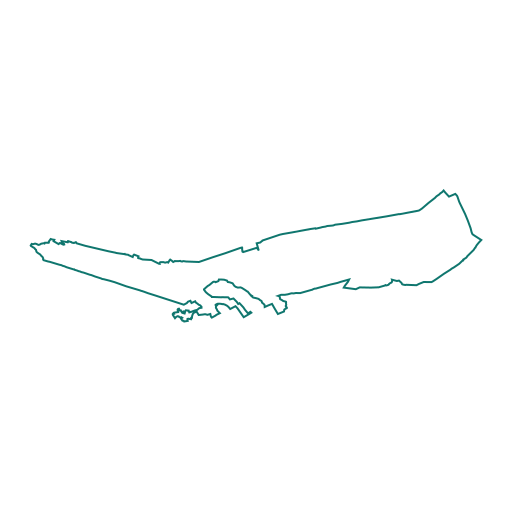 Ceplenita, Iasi, Romania
{"feature_id": "2599482B12453370715031", "entity_name": "Ceplenita", "entity_type": "district", "adm_level": 2, "iso_a3": "ROU", "parent_name": "Romania", "parent_adm1": "Iasi", "projection": "robinson", "projection_center": [26.945, 47.387], "detail": "fine", "context": "isolated", "style": "outline", "palette": "teal", "viewbox_px": 512, "rotation_deg": 0, "n_neighbors": 0, "source": "geoboundaries", "source_scale": "gbopen_adm2", "svg_char_len": 5954}
<svg xmlns="http://www.w3.org/2000/svg" viewBox="0 0 512 512"><path d="M432.5,281.6L436.5,279.0L443.9,273.8L450.4,269.7L451.6,268.7L453.9,267.4L459.2,263.8L462.3,260.8L463.2,260.5L463.3,260.3L463.1,259.8L463.2,259.6L466.1,257.8L466.6,257.3L467.3,256.2L473.6,250.0L475.1,247.7L475.4,247.6L476.3,245.8L477.0,244.8L478.9,242.5L481.3,240.0L474.3,235.5L472.7,234.4L472.3,233.9L471.6,232.2L470.6,228.2L467.9,220.8L465.1,214.0L459.7,202.9L459.1,201.5L457.4,196.5L456.9,195.6L455.3,193.9L449.0,196.6L445.3,192.6L443.6,190.5L442.3,192.0L440.1,193.5L439.3,194.4L436.5,196.3L435.6,197.2L435.2,197.7L428.3,203.1L421.9,208.6L419.2,210.4L418.2,210.7L399.7,214.2L399.0,214.1L386.4,216.4L361.7,220.4L356.8,221.4L352.2,222.0L349.3,222.7L341.9,223.9L335.1,224.7L333.4,225.4L332.0,225.6L327.3,226.0L325.4,226.6L322.2,227.1L320.9,227.5L315.7,228.7L315.4,228.3L310.5,229.0L291.6,232.5L282.9,234.0L279.8,234.7L262.5,240.5L262.3,240.9L261.5,241.4L260.3,242.5L256.7,243.3L258.5,249.7L258.3,249.8L256.8,247.8L243.4,252.0L243.2,251.7L242.9,251.8L242.6,251.3L242.4,251.3L242.1,248.9L242.2,247.9L242.0,247.5L240.4,247.9L225.3,253.2L212.9,257.2L198.9,262.0L186.1,261.5L183.3,261.1L183.1,261.1L182.3,261.5L181.9,261.5L180.9,261.3L180.2,260.9L178.9,261.1L176.4,261.1L175.6,261.2L175.0,261.0L174.6,261.1L174.2,261.5L173.2,262.0L171.9,260.8L170.2,259.6L169.7,260.1L168.2,262.6L167.2,262.1L165.4,262.6L165.0,262.6L163.3,262.1L160.2,262.2L159.7,262.9L159.4,263.6L159.5,263.8L159.1,263.8L151.5,260.0L142.7,259.5L141.1,259.0L139.9,258.4L139.3,258.4L138.6,258.2L138.1,258.0L138.1,257.8L138.2,257.1L138.5,256.3L134.1,254.6L133.3,255.4L132.7,257.0L128.7,255.2L128.2,254.8L125.2,254.4L124.8,253.9L124.2,254.1L116.3,253.0L115.5,252.7L108.6,251.3L85.2,245.8L76.6,243.3L76.1,242.3L75.6,242.2L74.3,242.9L73.8,243.0L73.5,242.8L72.6,242.8L71.9,242.6L71.4,242.1L70.4,241.9L69.8,241.6L68.7,241.5L68.5,241.2L68.0,241.1L67.9,241.3L68.1,241.9L67.8,242.3L61.6,241.1L62.3,242.8L63.4,243.7L64.0,243.9L64.2,244.5L63.6,244.7L62.7,244.4L60.1,243.0L59.6,243.1L58.6,244.1L53.6,241.2L54.3,239.8L52.3,239.5L50.7,239.0L48.8,241.6L48.9,242.4L48.8,242.7L48.5,242.8L45.0,242.7L44.7,243.1L44.5,243.5L43.9,243.2L41.2,243.7L39.7,244.6L38.6,244.9L37.7,244.6L36.8,244.1L35.5,243.7L34.7,243.7L33.4,244.1L32.8,244.2L31.7,243.9L30.7,245.5L30.9,245.9L31.2,246.1L31.7,246.4L33.2,247.4L33.6,247.5L34.6,248.3L34.9,248.7L35.1,249.1L36.0,249.8L36.4,251.6L36.7,252.0L37.6,252.8L40.2,254.5L41.4,256.0L42.4,256.8L43.2,258.3L43.1,259.2L43.2,259.7L43.7,260.2L48.1,261.5L49.7,261.8L53.0,262.8L59.3,264.7L61.5,265.2L62.6,265.8L64.5,266.3L66.5,267.2L73.6,269.4L74.3,269.4L74.6,269.8L77.3,270.6L78.4,271.1L80.1,271.5L81.4,272.1L83.6,272.6L89.7,274.7L91.4,275.1L95.0,276.5L101.0,278.4L102.2,279.0L103.7,279.2L109.6,280.7L114.7,282.2L126.2,286.3L139.7,290.3L141.3,290.9L142.6,291.2L143.2,291.5L143.7,291.6L148.0,293.2L155.0,295.4L183.8,304.7L186.8,303.1L188.0,301.7L190.4,300.8L191.5,303.0L195.2,301.3L195.8,302.4L196.3,302.9L197.3,303.5L198.7,304.7L200.3,305.4L201.3,306.6L201.5,306.9L201.1,307.2L201.3,307.8L199.3,308.1L197.3,309.8L194.7,310.5L192.3,311.4L191.7,311.7L189.6,312.3L189.6,311.8L188.8,311.7L188.6,311.5L188.6,310.6L185.8,310.3L185.0,311.6L183.4,311.4L182.8,312.4L184.8,312.9L184.6,313.5L182.2,312.8L181.2,311.3L180.8,310.4L179.8,310.5L179.0,308.7L178.3,308.8L177.8,309.2L177.6,309.7L178.1,312.1L174.3,312.6L173.8,312.8L174.0,313.6L173.5,313.5L172.9,313.8L172.7,314.1L172.9,315.0L175.0,318.2L176.2,316.9L177.6,316.2L178.7,316.4L179.2,317.0L179.4,317.0L180.4,317.4L180.9,317.4L181.3,317.2L182.2,317.8L181.0,318.7L182.4,320.6L182.6,320.5L183.7,320.9L184.0,321.1L184.2,321.5L187.7,320.9L187.4,319.8L187.5,318.9L188.5,318.7L189.1,318.9L191.1,319.2L191.2,317.9L191.9,317.9L192.1,316.1L192.8,314.0L193.8,312.8L195.8,311.9L196.8,311.9L198.7,315.0L202.5,314.6L205.1,314.2L207.5,314.8L210.3,314.0L210.8,316.1L211.0,316.7L211.8,317.6L215.7,315.5L216.3,314.9L219.8,313.2L217.3,310.6L216.9,309.4L216.0,308.0L215.9,307.4L216.0,306.3L217.2,305.0L215.9,305.1L215.6,305.0L215.6,304.8L216.6,304.2L217.5,303.8L218.2,303.7L220.9,303.8L222.3,304.2L223.0,304.0L223.8,304.3L224.7,304.5L227.0,305.7L228.2,306.7L228.7,307.2L230.2,309.0L235.5,306.2L237.5,308.3L243.7,317.2L248.7,314.3L251.3,312.7L250.4,311.8L248.0,313.4L245.0,309.8L243.4,307.4L241.0,304.8L239.5,303.2L238.2,304.0L236.8,301.9L233.5,298.5L229.9,299.4L228.3,297.4L228.0,297.4L227.6,297.3L221.8,297.2L221.5,297.3L213.6,297.0L211.8,297.0L211.6,296.5L208.2,294.2L206.3,292.6L205.7,292.0L204.0,289.7L204.0,289.3L204.3,289.0L207.7,286.0L209.4,285.0L213.0,282.0L213.8,281.7L215.1,281.8L215.6,282.2L218.4,281.1L218.9,279.5L220.8,279.5L224.1,279.7L227.0,280.6L227.8,282.0L229.7,282.3L232.6,283.3L234.3,285.8L235.6,286.8L237.8,287.6L240.6,287.4L242.0,288.0L245.3,290.1L247.1,291.4L247.7,291.6L249.9,294.3L251.4,295.6L251.6,295.7L251.3,295.9L253.1,297.5L256.6,298.3L257.1,298.5L257.8,298.6L259.0,299.2L260.0,300.1L261.4,300.9L261.6,301.2L261.9,302.0L262.0,302.6L263.6,303.9L264.2,304.5L264.6,305.1L264.7,307.0L268.3,305.4L272.0,303.9L274.5,308.3L277.9,314.0L284.0,311.5L284.3,309.6L285.8,308.5L286.4,308.4L286.9,307.9L286.7,307.3L285.9,306.5L285.7,306.0L286.1,305.3L286.2,304.4L286.1,304.2L286.0,303.3L286.1,302.5L286.0,301.8L285.6,301.6L283.2,301.0L281.8,300.0L280.2,299.2L279.9,298.2L279.9,297.2L279.7,296.9L279.0,296.2L278.1,295.9L281.1,294.8L284.9,294.8L287.9,294.3L291.4,293.3L293.7,293.4L295.9,293.0L300.1,293.1L311.1,290.0L312.3,289.7L313.3,289.1L314.8,288.6L315.8,288.6L317.8,288.0L326.6,285.6L330.6,284.5L337.6,282.9L340.5,281.9L349.1,279.5L347.9,281.9L344.9,285.7L343.8,287.6L355.8,289.2L359.7,287.4L371.0,287.6L378.7,287.3L385.0,285.5L385.4,285.1L386.0,285.4L386.6,285.4L388.4,284.8L388.9,284.4L389.1,283.9L390.4,283.0L391.4,282.6L391.7,282.3L392.0,281.6L392.2,280.3L392.0,279.7L396.9,281.0L399.0,280.6L401.5,282.9L402.0,284.0L402.4,284.4L404.0,284.8L405.3,285.0L406.3,284.8L416.5,285.2L419.0,283.9L423.7,282.0L431.4,282.1L432.5,281.6Z" fill="none" stroke="#0f766e" stroke-width="2"/></svg>